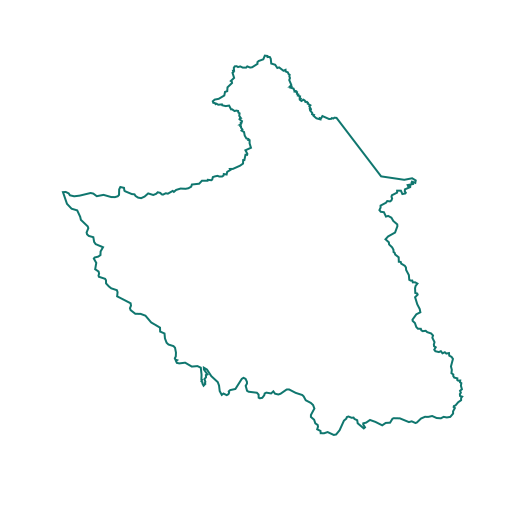 the district of Pong Nam Ron, Chanthaburi, Thailand, rotated 349°
{"feature_id": "78962969B84278316034538", "entity_name": "Pong Nam Ron", "entity_type": "district", "adm_level": 2, "iso_a3": "THA", "parent_name": "Thailand", "parent_adm1": "Chanthaburi", "projection": "orthographic", "projection_center": [102.37, 12.957], "detail": "fine", "context": "isolated", "style": "outline", "palette": "teal", "viewbox_px": 512, "rotation_deg": 349, "n_neighbors": 0, "source": "geoboundaries", "source_scale": "gbopen_adm2", "svg_char_len": 6083}
<svg xmlns="http://www.w3.org/2000/svg" viewBox="0 0 512 512"><g transform="rotate(349 256 256)"><path d="M406.5,450.6L409.5,449.7L412.5,450.9L416.0,451.0L419.4,448.3L419.8,446.1L422.2,443.2L421.2,442.0L421.6,441.1L423.4,440.7L426.6,438.1L429.8,436.7L430.3,434.4L431.5,433.4L429.6,432.3L429.8,430.4L431.0,429.3L430.6,427.2L432.7,426.1L432.4,422.4L433.3,420.0L432.2,418.9L432.7,417.2L430.7,417.0L429.9,416.1L430.3,414.5L427.4,413.2L426.7,411.4L427.1,410.0L425.5,408.3L426.5,405.1L426.3,401.6L429.7,394.6L428.7,392.3L426.7,390.7L426.9,388.1L424.2,388.1L423.0,386.5L420.5,387.1L419.3,384.7L417.2,385.2L413.9,383.7L413.1,382.0L415.0,379.9L413.6,378.6L413.7,376.8L414.8,374.6L413.5,369.9L414.6,367.8L413.1,365.4L409.5,363.4L408.3,361.8L405.3,361.6L404.1,360.5L403.9,358.9L401.1,358.3L399.8,356.3L399.2,352.1L397.4,349.6L397.5,348.3L402.3,343.8L406.6,342.6L406.6,339.3L405.1,334.2L404.3,326.8L407.3,324.8L407.1,323.6L405.3,322.7L406.0,317.9L407.0,315.8L409.2,313.9L407.2,312.2L404.9,311.8L404.7,309.9L403.2,309.7L401.9,308.6L402.4,303.9L400.7,298.3L401.0,295.9L400.2,294.0L397.1,291.2L396.9,289.4L395.1,288.9L395.8,284.5L392.9,281.1L392.7,279.2L391.8,278.4L392.1,276.1L391.3,273.5L388.9,270.1L389.0,267.9L386.3,264.3L389.4,262.0L397.0,259.5L400.5,253.7L400.7,251.9L397.5,247.9L396.2,244.2L393.4,241.9L391.1,242.1L389.9,237.4L386.9,236.4L385.9,234.5L387.5,232.3L387.9,230.3L393.8,228.5L395.3,227.1L398.0,228.0L399.5,227.3L400.6,225.5L400.3,223.7L401.0,222.3L406.6,220.7L407.0,218.8L410.7,219.5L411.5,223.1L414.5,223.1L415.1,222.5L414.4,221.0L414.9,219.0L420.5,217.8L420.9,216.3L418.7,216.7L418.4,215.3L423.9,215.3L423.9,214.4L422.8,213.6L423.3,212.8L426.3,214.6L427.2,212.3L424.1,209.5L416.1,209.5L394.0,201.7L361.4,135.8L359.4,135.2L358.0,135.8L356.8,135.1L356.1,135.7L353.9,135.5L347.9,131.3L346.1,133.4L345.1,132.9L345.1,134.1L341.6,132.4L339.2,129.3L339.8,128.6L338.1,127.5L338.5,126.3L336.9,123.5L336.9,122.4L337.7,122.9L338.0,122.4L336.9,119.2L338.1,118.4L335.8,116.3L336.2,115.6L335.4,114.4L333.9,114.2L333.6,112.8L332.4,111.6L330.2,112.5L328.8,110.9L328.8,110.3L329.9,110.0L329.1,108.9L329.7,107.7L327.7,106.5L328.4,105.5L327.1,104.6L327.6,103.0L325.6,102.1L326.3,101.6L325.2,101.1L324.8,98.8L322.1,97.4L323.3,96.6L323.0,95.9L321.9,95.9L323.3,94.9L322.2,89.6L323.3,87.8L323.0,86.0L323.6,84.5L322.7,83.6L322.3,81.8L320.3,80.5L320.5,78.9L318.3,79.4L314.7,75.3L312.8,75.5L311.3,71.9L307.7,70.0L308.1,65.2L307.5,63.3L305.3,62.9L305.4,61.8L302.9,61.0L300.7,64.3L295.8,65.1L294.4,66.0L294.1,67.7L288.2,70.0L286.2,69.9L283.6,68.2L282.2,69.2L278.9,68.5L276.7,66.9L274.4,67.1L273.2,66.0L271.3,65.8L270.1,67.1L269.8,70.0L268.8,69.8L268.9,71.2L267.9,71.7L268.5,77.0L264.7,79.4L265.5,80.2L265.5,81.6L260.2,85.0L259.2,88.7L256.9,89.0L255.5,92.4L249.4,94.6L245.3,94.6L243.1,95.9L243.3,97.5L244.8,98.0L245.3,99.2L246.2,98.9L247.8,100.3L251.5,100.7L251.6,101.6L254.9,103.1L258.3,103.2L259.5,107.3L260.6,107.5L262.6,109.6L264.4,109.5L266.1,110.2L266.1,111.9L267.1,112.8L266.3,115.2L267.4,117.6L266.6,117.6L265.9,118.6L268.0,121.0L267.0,122.8L266.4,122.5L266.1,123.9L265.2,124.2L265.8,124.5L265.4,125.6L266.0,125.9L265.8,127.2L266.8,129.2L265.7,130.1L267.9,132.0L267.9,135.7L269.0,138.8L270.8,139.6L271.2,140.2L270.7,140.7L271.8,141.2L271.2,144.2L271.7,148.8L265.8,150.2L267.0,154.1L266.6,155.0L265.0,154.6L262.9,159.6L261.7,159.4L260.9,162.8L257.6,164.3L249.9,166.1L247.1,165.6L247.4,166.6L243.8,167.9L242.7,170.4L240.0,169.4L239.5,170.8L238.0,171.5L235.1,171.0L233.6,170.0L231.0,170.0L228.7,170.3L227.6,172.6L226.6,173.1L223.2,172.0L222.8,172.9L217.3,171.8L214.0,174.2L206.7,173.6L205.6,175.6L202.5,176.6L199.7,176.6L194.8,175.4L190.2,175.9L187.6,177.4L186.7,176.2L181.4,178.0L179.4,177.2L176.4,178.0L175.2,177.5L174.1,175.8L171.7,174.7L169.9,175.9L166.8,176.5L162.1,174.0L158.0,176.4L154.3,177.3L151.4,176.2L149.2,174.1L148.5,172.3L145.9,171.5L139.9,167.5L139.3,166.8L139.4,163.9L136.0,162.4L134.4,164.5L133.2,169.9L131.7,171.0L128.8,171.3L125.1,170.5L118.0,166.9L111.1,166.9L108.2,163.7L105.7,162.6L94.4,163.1L88.9,162.7L84.9,160.9L84.1,158.8L81.4,156.8L78.7,156.5L80.4,168.7L84.0,174.4L89.2,177.1L90.9,184.0L91.0,187.1L96.5,194.9L96.7,196.7L94.2,200.6L94.3,202.5L95.7,204.4L99.9,206.5L99.8,211.3L100.9,213.8L107.5,218.2L104.3,221.9L103.5,225.4L101.0,226.5L97.3,226.7L96.3,227.6L97.9,232.3L95.6,238.3L98.5,241.2L98.6,243.4L97.7,245.1L97.8,246.4L103.5,249.6L104.1,251.2L103.6,254.3L105.7,257.7L107.7,260.1L112.9,263.0L113.2,265.1L112.0,269.1L123.9,278.5L123.8,280.9L122.3,283.2L122.6,285.2L126.5,289.7L131.7,290.8L136.1,293.5L140.4,301.2L148.1,308.0L147.5,311.9L151.4,314.6L150.9,319.5L151.7,324.1L153.2,326.2L157.8,328.7L159.0,330.6L159.0,335.6L158.1,339.3L156.8,340.9L157.1,342.3L158.6,343.2L157.4,343.8L157.9,345.8L160.2,346.8L166.1,347.2L171.9,352.3L177.5,352.9L180.5,355.1L179.9,362.1L178.8,366.9L179.4,367.3L178.5,368.7L179.3,369.6L179.1,371.1L179.8,373.3L181.8,371.9L181.5,371.1L182.3,369.9L181.9,367.0L183.8,365.5L184.1,363.3L185.7,363.0L183.2,357.4L183.5,355.7L186.2,358.1L189.2,365.4L194.4,372.5L195.0,376.1L194.6,381.7L195.9,385.8L197.8,384.8L200.7,387.0L202.5,386.4L203.5,385.1L203.4,383.7L205.1,382.7L210.4,382.6L218.6,373.9L220.5,373.2L222.3,374.6L223.1,377.8L222.8,379.5L221.1,381.5L221.5,386.6L222.8,387.8L230.8,390.4L232.1,392.5L231.6,395.6L232.6,396.4L235.1,396.4L237.5,394.3L238.3,392.6L240.1,392.1L244.6,393.8L247.2,392.2L248.4,394.8L251.5,396.2L253.8,395.9L260.6,392.9L263.0,393.3L268.8,397.9L274.9,401.3L276.0,402.9L277.3,407.1L281.8,410.7L283.6,413.2L284.2,416.9L279.6,422.5L279.2,424.5L281.8,427.8L282.3,431.6L284.3,433.6L284.3,435.4L283.0,437.8L285.9,440.0L285.7,442.3L289.0,443.0L292.7,442.5L298.2,446.5L300.6,446.5L304.8,443.0L310.9,434.4L313.6,432.9L314.4,431.5L316.1,431.2L319.1,433.1L320.9,433.2L321.6,434.8L324.0,436.5L323.9,439.6L328.9,445.8L330.3,445.0L329.1,441.8L329.4,440.7L332.3,440.6L336.6,438.7L341.5,441.6L347.6,446.3L351.5,444.6L355.8,445.2L358.9,441.8L360.2,441.5L366.2,442.8L374.4,448.2L377.3,448.0L380.7,450.4L382.2,450.1L387.0,447.0L391.2,446.1L394.4,446.8L398.4,446.7L402.4,449.5L406.5,450.6Z" fill="none" stroke="#0f766e" stroke-width="2"/></g></svg>